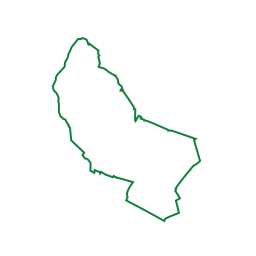 Dumbrava Rosie, Neamt, Romania, rotated 74°
{"feature_id": "2599482B29354123900383", "entity_name": "Dumbrava Rosie", "entity_type": "district", "adm_level": 2, "iso_a3": "ROU", "parent_name": "Romania", "parent_adm1": "Neamt", "projection": "equal_earth", "projection_center": [26.407, 46.891], "detail": "fine", "context": "isolated", "style": "outline", "palette": "green", "viewbox_px": 256, "rotation_deg": 74, "n_neighbors": 0, "source": "geoboundaries", "source_scale": "gbopen_adm2", "svg_char_len": 2924}
<svg xmlns="http://www.w3.org/2000/svg" viewBox="0 0 256 256"><g transform="rotate(74 128 128)"><path d="M158.7,175.9L159.7,174.9L161.8,172.8L159.3,171.6L161.9,168.3L162.5,167.6L163.2,167.6L163.7,167.5L164.0,167.4L163.5,167.0L163.1,166.6L162.6,166.1L167.1,162.0L167.0,161.9L167.2,161.5L170.1,157.6L171.1,156.3L170.6,155.8L170.8,155.4L170.2,154.8L171.3,153.9L172.5,153.1L172.3,152.8L172.8,152.0L181.4,138.1L184.8,142.2L186.1,143.5L188.0,145.3L190.9,147.2L194.5,147.5L197.1,149.7L211.9,134.3L227.4,118.7L225.4,117.1L224.5,111.3L223.7,102.7L223.6,102.4L217.0,102.1L211.0,102.0L209.9,97.5L206.7,98.3L203.6,99.2L202.8,99.3L202.0,99.8L201.8,99.9L201.4,99.8L201.1,99.6L200.1,98.6L199.4,99.0L198.5,97.9L195.6,94.4L192.0,89.5L191.1,88.2L185.9,80.7L182.5,75.9L181.5,72.1L180.7,70.0L179.9,68.5L179.5,67.8L162.0,67.9L157.8,67.8L157.1,66.0L142.4,87.0L141.6,90.1L140.9,89.9L129.5,103.7L126.1,108.2L125.1,110.5L124.4,110.3L122.7,112.7L122.4,113.2L121.3,112.1L121.1,112.2L121.0,112.3L120.9,112.4L121.1,112.6L120.8,112.8L120.4,113.1L120.2,113.3L119.9,113.5L119.7,113.7L119.6,113.9L119.4,114.1L119.2,114.3L119.2,114.5L123.4,118.9L122.6,119.1L122.2,119.0L120.8,118.6L112.6,116.0L112.1,115.9L112.1,116.1L111.9,116.4L111.9,116.6L111.8,116.8L111.7,117.0L111.0,116.9L110.8,116.9L109.3,116.7L99.8,119.6L92.4,122.2L90.3,122.4L90.3,122.7L90.5,122.9L90.3,123.5L90.1,123.6L90.3,123.7L90.5,123.7L90.4,124.0L90.1,124.6L90.0,124.9L89.7,124.7L89.2,124.3L89.1,124.1L89.0,123.9L88.9,123.8L88.7,123.3L88.7,123.1L88.6,122.9L88.4,122.7L87.0,122.6L85.9,123.0L85.2,123.4L84.8,123.7L84.3,123.9L84.0,124.3L83.5,124.5L82.4,125.0L81.7,124.8L81.1,124.8L80.8,124.6L80.0,124.6L79.3,124.4L79.1,124.4L78.7,124.6L78.0,124.5L77.4,124.9L76.7,125.0L75.6,125.2L74.7,125.5L74.2,125.5L74.1,125.9L74.1,126.4L74.0,126.5L72.8,127.1L72.7,127.4L72.1,127.9L71.6,128.6L70.4,129.5L68.7,131.2L68.6,131.4L67.1,132.2L66.0,133.1L64.8,134.1L64.1,134.7L61.3,139.3L60.9,139.3L60.6,139.1L60.1,138.7L59.6,138.2L58.9,137.8L58.0,137.2L57.2,137.2L56.7,137.2L56.5,137.3L54.6,136.9L54.1,136.9L53.4,137.0L53.0,137.0L52.8,137.0L52.4,137.1L52.1,137.1L51.4,136.8L50.3,135.6L49.2,136.2L48.9,136.2L48.2,136.2L47.7,135.9L46.7,135.8L45.4,135.1L36.1,142.1L36.5,142.2L37.1,142.6L36.8,143.1L36.1,143.1L35.3,143.1L34.7,143.1L34.3,143.2L32.1,143.4L31.2,143.9L30.9,144.1L30.7,144.5L30.1,145.2L29.8,145.8L29.7,146.2L29.4,146.4L29.3,146.7L29.2,147.1L29.2,147.3L28.9,147.6L29.1,148.0L29.4,148.4L29.4,148.8L29.2,149.8L29.1,150.1L29.0,150.4L28.6,151.2L34.4,159.5L40.9,165.1L43.8,166.6L47.6,170.5L51.6,172.0L57.3,181.3L59.1,183.1L62.0,184.3L66.8,188.4L66.9,188.7L69.4,189.0L71.2,189.0L73.1,188.1L74.2,187.3L76.7,186.8L78.1,186.5L80.1,186.4L82.8,187.5L86.4,187.9L92.3,189.7L94.2,190.0L98.7,189.5L99.4,188.7L101.2,187.9L102.7,185.8L104.7,185.6L109.1,184.2L109.7,184.6L112.0,183.7L124.2,186.0L139.7,176.9L141.5,179.2L145.3,177.8L146.8,175.4L151.2,173.6L158.7,175.9Z" fill="none" stroke="#15803d" stroke-width="2"/></g></svg>